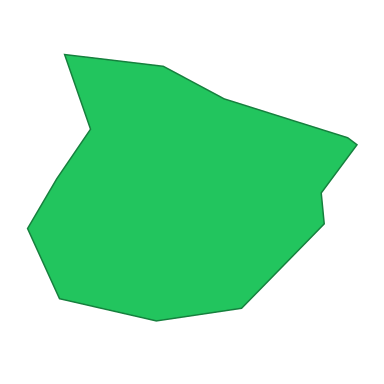 outline of Trafford, rotated 183°
{"feature_id": "GBR-5685", "entity_name": "Trafford", "entity_type": "Metropolitan Borough", "adm_level": 1, "iso_a3": "GBR", "parent_name": "United Kingdom", "parent_adm1": "", "projection": "robinson", "projection_center": [-2.382, 53.409], "detail": "fine", "context": "isolated", "style": "filled", "palette": "green", "viewbox_px": 384, "rotation_deg": 183, "n_neighbors": 0, "source": "natural_earth", "source_scale": "10m", "svg_char_len": 342}
<svg xmlns="http://www.w3.org/2000/svg" viewBox="0 0 384 384"><g transform="rotate(183 192 192)"><path d="M220.9,61.4L318.7,78.5L354.3,146.9L327.7,198.2L296.6,249.4L326.4,322.6L227.2,316.0L164.8,286.7L95.2,268.7L39.3,254.3L29.7,247.8L62.9,197.8L58.3,167.1L136.4,78.5L220.9,61.4Z" fill="#22c55e" stroke="#15803d" stroke-width="1.5"/></g></svg>